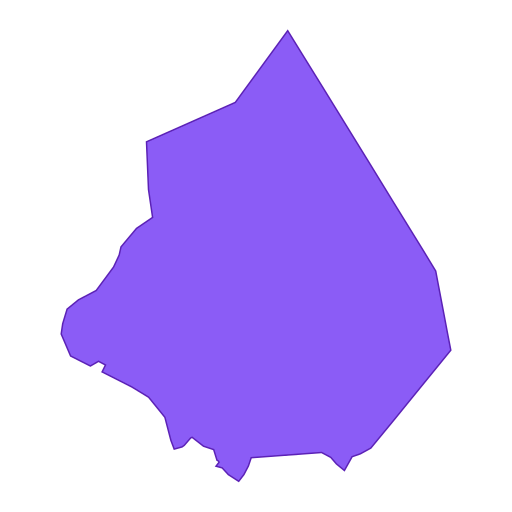 Kukawa, Borno, Nigeria (Natural Earth projection)
{"feature_id": "59680162B26946733152657", "entity_name": "Kukawa", "entity_type": "district", "adm_level": 2, "iso_a3": "NGA", "parent_name": "Nigeria", "parent_adm1": "Borno", "projection": "natural_earth1", "projection_center": [13.658, 13.111], "detail": "fine", "context": "isolated", "style": "filled", "palette": "violet", "viewbox_px": 512, "rotation_deg": 0, "n_neighbors": 0, "source": "geoboundaries", "source_scale": "gbopen_adm2", "svg_char_len": 865}
<svg xmlns="http://www.w3.org/2000/svg" viewBox="0 0 512 512"><path d="M450.8,350.2L447.2,331.6L444.4,316.7L437.8,282.1L435.7,271.0L423.2,250.4L401.1,214.6L392.5,200.7L371.6,166.6L323.6,88.7L302.9,55.3L287.7,30.7L235.3,102.4L146.5,141.8L148.5,189.5L152.6,217.4L136.5,228.4L121.0,246.9L119.2,255.0L113.6,267.0L96.2,290.5L78.5,299.8L67.1,309.1L62.7,323.7L61.2,334.0L70.6,356.0L90.4,366.0L98.5,361.3L105.5,365.0L102.1,371.9L131.9,387.0L148.6,397.2L164.9,417.3L170.9,440.4L174.2,449.1L182.1,446.9L184.3,445.3L190.6,438.0L192.1,437.3L203.5,446.2L213.7,449.6L217.0,460.3L217.8,460.6L218.6,461.3L219.0,462.3L216.0,466.2L222.2,467.9L228.3,474.6L238.7,481.3L243.9,474.6L248.4,466.0L251.2,457.7L321.6,452.5L330.8,457.4L336.4,463.9L344.4,470.5L352.1,456.7L360.4,453.8L370.8,448.1L395.1,418.6L408.5,402.1L450.8,350.2Z" fill="#8b5cf6" stroke="#5b21b6" stroke-width="1.5"/></svg>